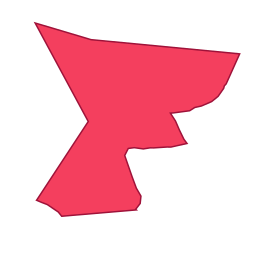 Dubrassay, Castries, Saint Lucia, rotated 276°
{"feature_id": "8701671B353408445184", "entity_name": "Dubrassay", "entity_type": "district", "adm_level": 2, "iso_a3": "LCA", "parent_name": "Saint Lucia", "parent_adm1": "Castries", "projection": "equal_earth", "projection_center": [-60.973, 13.984], "detail": "fine", "context": "isolated", "style": "filled", "palette": "rose", "viewbox_px": 256, "rotation_deg": 276, "n_neighbors": 0, "source": "geoboundaries", "source_scale": "gbopen_adm2", "svg_char_len": 669}
<svg xmlns="http://www.w3.org/2000/svg" viewBox="0 0 256 256"><g transform="rotate(276 128 128)"><path d="M222.7,24.7L176.7,56.1L130.3,87.8L46.9,44.8L46.6,44.6L45.0,49.8L43.4,55.8L39.8,62.5L37.2,67.4L33.3,71.3L35.5,82.6L36.9,90.0L43.1,122.3L47.4,144.8L47.9,144.1L54.2,148.0L61.6,148.0L69.0,142.6L80.1,137.1L100.3,127.6L107.7,130.4L109.1,136.3L108.8,145.4L110.6,152.1L110.9,155.6L113.2,169.0L113.5,172.6L118.8,188.3L122.6,184.8L131.4,179.3L139.9,174.5L147.2,168.6L147.8,171.8L151.6,187.5L155.4,192.3L157.5,198.6L163.0,208.4L168.9,214.3L177.4,219.0L180.0,219.4L182.1,221.0L213.4,231.3L212.0,82.0L222.7,24.7Z" fill="#f43f5e" stroke="#9f1239" stroke-width="1.5"/></g></svg>